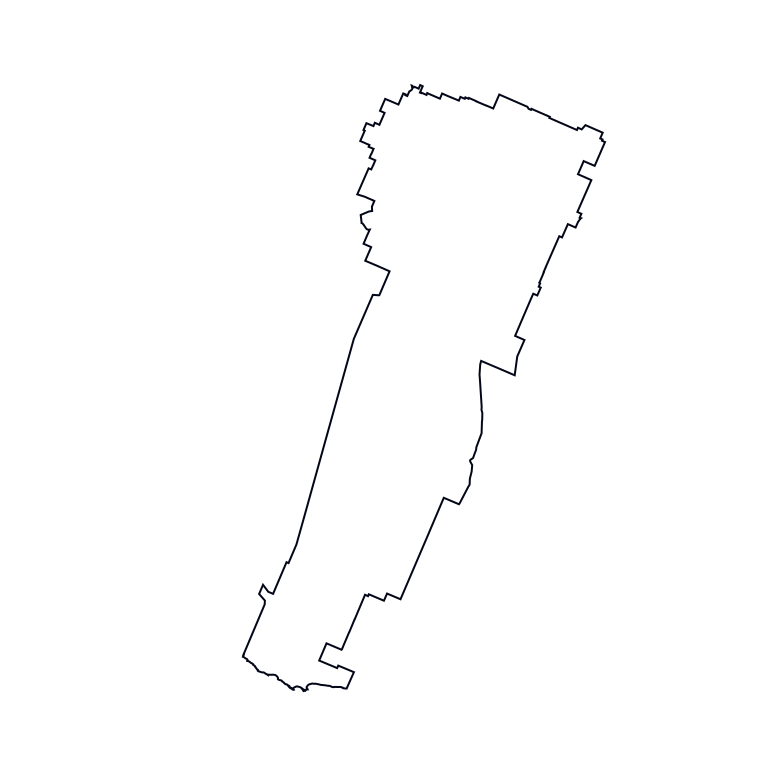 Coorow, Western Australia, Australia (Albers equal-area conic projection), rotated 293°
{"feature_id": "25037944B10831634124389", "entity_name": "Coorow", "entity_type": "district", "adm_level": 2, "iso_a3": "AUS", "parent_name": "Australia", "parent_adm1": "Western Australia", "projection": "albers", "projection_center": [115.183, -29.979], "detail": "fine", "context": "isolated", "style": "outline", "palette": "ink", "viewbox_px": 768, "rotation_deg": 293, "n_neighbors": 0, "source": "geoboundaries", "source_scale": "gbopen_adm2", "svg_char_len": 5627}
<svg xmlns="http://www.w3.org/2000/svg" viewBox="0 0 768 768"><g transform="rotate(293 384 384)"><path d="M77.8,360.7L77.9,361.4L77.7,362.2L77.3,363.8L77.3,365.0L77.2,365.5L76.8,366.1L76.3,366.4L75.8,366.2L75.6,366.3L75.9,367.0L75.9,367.9L75.8,368.3L75.8,368.8L75.7,369.3L75.4,369.9L75.3,370.3L75.2,372.2L75.1,372.3L75.0,372.5L74.9,372.6L74.9,372.8L74.9,373.1L74.6,373.4L74.3,373.5L74.3,374.0L74.2,374.2L73.9,375.4L73.8,375.6L73.7,375.6L73.4,375.7L72.9,376.9L72.5,377.3L72.2,377.9L72.0,378.1L71.9,378.2L71.7,378.7L71.7,379.1L71.6,379.6L71.3,379.8L71.0,380.1L70.7,380.0L70.5,380.5L70.5,380.8L70.7,381.8L70.7,382.9L70.8,383.6L71.0,385.0L71.4,385.6L71.5,386.2L71.4,387.2L71.0,388.1L71.1,388.9L71.0,389.3L71.1,389.7L70.8,390.2L70.7,390.7L70.8,390.9L70.7,391.3L70.8,391.3L70.9,391.2L71.0,391.1L71.3,391.3L71.6,392.2L72.0,393.0L72.4,394.1L73.0,395.2L73.3,396.2L73.4,396.6L73.6,397.5L73.6,397.9L73.5,398.5L73.2,399.3L73.0,400.0L72.6,400.6L72.2,401.1L71.6,401.5L71.3,401.6L71.2,401.5L70.9,401.6L70.7,402.2L70.6,403.1L70.6,403.4L70.8,404.2L71.0,404.8L71.0,405.3L70.9,405.8L70.5,406.2L70.5,406.8L70.3,407.0L70.2,407.4L70.2,407.5L70.1,408.2L70.0,408.6L69.8,409.0L69.5,409.2L69.4,409.7L69.4,410.3L69.2,410.6L69.2,410.8L69.4,411.5L69.5,411.8L69.3,412.2L69.4,412.5L69.1,413.4L69.1,414.1L69.0,414.9L68.8,415.2L68.4,415.5L68.2,415.5L68.0,415.1L67.6,415.9L67.7,416.2L67.6,416.6L68.0,416.9L68.0,417.3L68.0,417.5L67.9,417.8L67.7,417.8L67.5,417.7L67.4,417.8L67.4,418.0L67.5,418.2L67.5,418.3L67.0,419.2L67.2,419.6L67.1,420.1L67.2,420.3L67.3,420.4L67.5,420.0L67.3,419.8L67.3,419.5L67.5,419.2L68.1,419.2L68.7,419.3L69.0,419.5L69.4,419.8L70.1,420.4L70.7,420.9L70.9,421.0L71.1,421.4L71.5,421.8L71.7,422.2L71.8,422.5L71.8,423.1L72.0,423.9L72.1,424.2L72.1,425.4L72.1,426.3L72.0,426.6L71.9,427.1L71.5,427.3L71.6,428.0L71.5,428.6L71.3,428.8L71.2,428.8L71.1,428.5L71.0,428.4L70.9,428.5L70.9,428.9L70.5,429.1L70.4,429.4L70.2,429.6L70.5,429.8L70.7,429.5L70.8,429.4L71.3,429.8L71.2,430.5L70.9,430.7L70.6,430.4L70.4,430.5L70.5,430.6L70.6,430.8L70.7,431.0L70.7,431.3L70.9,431.4L71.1,431.2L71.4,431.4L71.6,431.3L72.3,432.1L72.6,432.3L72.9,432.5L73.0,432.8L73.2,432.5L73.3,432.5L73.4,432.4L73.6,432.5L73.8,432.3L73.9,432.1L73.7,431.8L73.7,431.7L73.9,431.5L74.5,431.4L74.9,431.2L75.2,431.2L76.3,431.5L77.1,431.7L77.7,432.1L78.3,432.5L78.7,433.0L79.3,433.9L79.7,434.2L79.8,434.4L80.3,435.1L80.4,435.4L80.5,436.2L81.3,437.9L81.6,439.1L81.8,440.2L82.1,441.5L82.3,443.2L82.7,444.6L82.9,445.1L83.1,445.6L83.2,445.8L83.3,446.6L83.7,447.6L84.0,449.1L84.5,450.7L84.5,451.0L84.9,452.0L84.9,452.4L84.9,453.8L84.8,454.1L84.9,455.0L85.0,455.2L85.2,455.5L85.2,455.9L85.3,456.2L85.6,456.7L85.9,457.0L86.1,457.5L86.6,458.6L86.7,459.1L87.3,460.5L87.8,461.5L88.0,462.2L88.1,462.3L88.2,463.0L88.2,463.6L88.4,464.3L88.4,464.6L88.1,464.8L88.0,465.3L88.1,465.5L88.3,466.2L88.6,467.4L89.1,468.6L107.0,468.9L106.9,451.9L104.2,451.9L104.1,432.4L122.8,432.4L122.8,448.7L123.1,448.7L123.5,448.9L123.8,449.0L124.9,448.9L126.2,449.0L126.5,448.9L142.1,448.9L142.2,449.0L155.8,448.9L155.8,449.0L182.6,448.9L182.5,452.2L184.5,452.2L184.5,468.6L192.3,468.7L192.3,483.3L260.2,483.5L302.6,483.5L302.6,500.0L303.5,500.2L304.1,500.3L321.8,501.7L322.6,501.8L323.9,502.0L324.7,502.1L325.2,502.0L328.6,500.7L330.6,500.0L337.6,498.9L343.5,497.0L343.8,496.9L344.2,496.4L346.2,493.8L346.7,493.4L347.4,493.1L347.8,493.1L348.2,493.3L350.4,494.8L351.1,494.9L355.9,494.6L359.4,494.5L361.9,493.7L362.2,493.7L376.3,493.1L377.0,493.0L388.1,488.7L389.1,488.5L395.2,486.1L396.6,485.2L398.1,484.0L398.6,483.7L400.0,483.3L401.4,482.7L423.7,471.5L430.1,468.2L439.7,464.9L440.3,464.8L443.2,464.4L443.1,500.9L461.4,495.9L479.4,496.1L479.5,485.9L487.2,485.9L517.9,486.0L525.4,486.1L525.4,490.5L531.3,490.6L534.0,490.6L534.0,488.6L534.0,488.4L537.6,488.4L537.7,487.6L537.9,487.3L538.1,487.3L538.4,487.5L549.5,487.5L549.5,487.2L554.8,487.3L554.8,487.2L588.5,487.6L588.5,490.6L595.9,490.7L603.0,490.8L602.9,499.2L609.1,499.3L612.9,500.2L613.6,500.6L613.5,499.1L617.8,499.2L617.9,494.8L652.7,495.2L652.9,480.6L662.7,480.7L667.2,480.7L667.1,492.7L693.1,492.9L693.1,489.6L694.5,489.6L694.5,487.1L700.8,487.1L701.0,468.3L695.6,466.5L695.7,462.4L693.2,462.4L693.5,432.3L694.7,432.3L694.9,412.2L693.8,412.2L693.8,409.6L695.2,407.7L695.5,377.0L680.3,376.9L680.3,369.2L680.2,369.2L680.2,365.6L680.2,358.3L680.4,358.3L680.5,350.4L679.6,350.4L679.6,346.9L678.1,346.9L678.1,342.2L674.1,342.2L674.1,338.4L674.0,329.9L674.1,324.0L668.8,324.0L668.5,324.0L668.6,311.8L668.7,310.1L666.7,310.2L666.8,304.5L666.3,304.5L666.3,303.2L673.2,303.3L673.3,300.5L669.4,300.5L669.5,296.1L668.7,295.6L668.6,294.7L669.5,293.8L669.5,292.9L667.2,294.6L665.8,294.6L664.3,293.8L663.2,293.0L658.2,292.9L658.2,290.8L659.0,290.8L659.0,288.2L646.9,288.1L646.9,273.7L633.9,273.6L633.8,278.6L620.8,278.5L620.9,273.5L617.3,273.5L617.2,265.9L609.7,265.9L609.6,266.7L609.6,267.3L598.4,267.2L598.3,277.2L596.3,277.2L596.4,282.5L591.1,282.5L590.6,282.3L586.6,282.3L586.5,288.6L581.9,288.6L576.5,288.4L576.5,285.6L548.1,285.3L548.1,285.9L548.2,286.2L548.9,293.6L548.8,296.3L548.8,302.3L548.7,302.3L548.7,303.6L542.5,303.6L538.6,305.5L537.8,304.1L536.8,302.6L530.5,296.5L524.2,300.1L523.4,300.4L523.4,301.1L523.3,301.6L523.1,302.1L522.7,302.9L520.2,306.7L520.0,307.2L519.8,307.8L519.8,308.5L519.9,309.2L520.1,309.8L520.6,310.6L514.8,310.4L505.1,310.4L505.0,318.7L490.1,318.6L490.1,333.1L489.9,345.1L464.1,345.0L463.7,344.8L461.7,338.9L413.7,338.6L312.1,351.8L228.7,362.7L202.1,366.1L181.8,366.1L181.9,363.9L147.5,363.9L147.5,358.7L151.9,351.1L141.9,351.1L138.1,359.0L134.5,360.3L79.8,360.4L79.9,360.7L77.8,360.7Z" fill="none" stroke="#020617" stroke-width="2"/></g></svg>